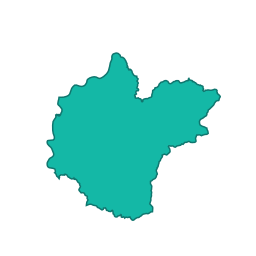 outline of Son Duong, Tuyên Quang, Vietnam, rotated 40°
{"feature_id": "81297802B77321226192187", "entity_name": "Son Duong", "entity_type": "district", "adm_level": 2, "iso_a3": "VNM", "parent_name": "Vietnam", "parent_adm1": "Tuyên Quang", "projection": "albers", "projection_center": [105.397, 21.672], "detail": "fine", "context": "isolated", "style": "filled", "palette": "teal", "viewbox_px": 256, "rotation_deg": 40, "n_neighbors": 0, "source": "geoboundaries", "source_scale": "gbopen_adm2", "svg_char_len": 5812}
<svg xmlns="http://www.w3.org/2000/svg" viewBox="0 0 256 256"><g transform="rotate(40 128 128)"><path d="M192.5,82.1L192.9,80.6L191.2,79.1L189.6,78.4L188.4,77.4L187.9,77.7L186.1,78.0L183.9,78.9L182.7,79.2L181.2,79.3L180.0,78.6L178.5,77.1L178.2,76.2L178.0,74.8L179.1,72.0L179.5,69.9L180.0,68.6L180.1,68.1L179.7,66.9L178.9,66.1L178.9,64.4L177.9,62.5L178.3,61.3L178.8,56.1L178.8,55.0L178.3,53.4L178.2,51.0L178.7,49.8L179.8,48.7L179.8,48.4L178.8,46.2L178.7,45.2L178.4,44.6L177.2,44.2L174.2,44.1L173.5,43.4L172.6,43.0L172.2,42.1L171.6,41.9L170.8,41.9L169.3,42.8L168.7,44.0L167.6,45.5L166.8,46.2L164.7,47.5L164.3,48.3L163.2,49.1L163.1,50.1L162.5,51.2L161.2,51.1L161.0,50.9L161.1,49.9L160.9,49.6L159.7,49.1L158.9,48.1L158.6,48.0L158.1,48.0L157.0,48.5L155.9,48.6L155.6,49.3L154.6,49.4L153.4,50.0L152.2,50.2L150.8,49.9L149.6,50.3L148.5,50.2L148.0,50.8L147.6,51.0L147.0,50.5L146.5,50.5L145.0,51.3L144.2,51.5L142.8,50.9L142.8,51.8L143.5,52.7L143.6,53.2L142.3,54.4L141.3,56.9L139.6,59.4L139.2,59.7L138.3,59.9L136.9,59.4L136.2,59.4L135.0,60.3L134.3,61.1L134.0,62.2L133.2,63.1L132.6,65.7L132.4,66.3L131.8,67.0L131.0,67.3L130.3,67.3L128.6,66.7L126.9,67.1L126.0,67.8L125.4,68.9L124.8,70.7L123.9,71.6L123.7,74.5L124.3,75.8L124.3,77.0L124.2,78.1L122.9,79.8L122.9,80.2L123.3,80.6L123.4,81.0L123.4,81.7L122.8,83.3L123.0,83.7L123.9,84.8L125.0,87.4L125.8,88.3L126.0,89.1L125.4,90.4L124.8,91.1L124.5,92.1L124.0,93.1L123.0,93.8L121.7,95.5L121.3,97.0L122.1,97.8L122.2,98.5L121.8,98.9L120.9,98.7L120.3,98.0L119.0,97.6L117.4,98.4L116.5,98.3L115.5,99.6L114.3,100.2L114.0,100.1L113.2,99.1L112.4,99.1L111.9,98.1L112.5,97.3L112.6,96.5L111.3,95.9L110.8,95.1L110.6,94.5L110.7,93.8L111.8,93.0L111.7,92.2L111.3,91.7L110.8,91.7L110.6,91.5L109.3,91.7L109.0,91.6L108.2,89.4L107.4,88.7L107.0,87.0L106.2,86.6L104.8,86.4L104.6,86.2L104.6,85.2L104.2,83.9L102.1,83.7L101.5,82.7L99.7,83.7L98.3,83.8L95.7,82.9L94.6,82.0L93.3,81.5L93.0,81.8L92.4,81.6L92.4,82.0L91.3,82.8L91.0,82.2L90.3,82.5L89.9,82.1L88.7,81.8L88.2,81.9L88.4,81.2L86.2,80.0L85.7,79.2L84.7,78.9L83.1,78.0L80.5,77.2L78.5,77.3L77.4,78.1L77.0,78.2L76.3,78.1L75.2,77.3L72.7,77.2L71.3,77.8L70.5,78.5L69.4,80.3L69.1,81.0L69.2,82.5L69.9,83.9L71.1,85.2L71.6,86.2L72.6,89.5L74.4,92.7L76.2,96.5L76.6,98.1L76.8,100.4L76.3,104.0L75.7,106.0L75.0,107.5L74.5,108.2L73.5,108.8L70.8,109.5L69.2,110.5L67.8,112.1L66.5,114.3L65.8,116.8L66.1,117.9L66.9,119.3L67.3,120.4L67.5,122.7L67.3,123.6L66.8,124.7L65.9,125.9L64.2,127.0L60.9,128.3L59.6,129.5L59.3,131.6L59.4,133.8L61.5,139.4L61.5,140.4L61.4,141.5L60.6,143.3L58.7,146.0L55.4,148.8L56.4,150.3L57.2,152.1L58.5,154.3L59.1,154.9L59.7,155.1L61.8,155.2L64.9,155.9L65.6,156.3L66.8,158.0L67.0,159.3L67.8,161.3L67.9,162.2L67.7,162.6L67.6,162.3L67.4,162.4L67.3,162.2L67.5,161.9L67.1,161.7L66.7,161.9L66.8,162.2L66.4,162.1L66.3,162.3L66.6,162.5L66.0,162.8L66.3,163.3L66.0,163.6L65.8,163.2L65.5,163.4L65.3,163.1L64.6,163.5L64.7,163.9L64.3,164.5L65.3,165.4L65.9,166.5L66.1,168.9L66.5,171.2L68.5,174.3L71.8,178.1L74.2,180.2L76.9,181.8L77.9,182.8L78.5,183.8L78.5,185.0L78.1,185.6L74.9,188.9L74.6,189.4L74.7,190.1L75.5,191.2L76.6,191.9L78.6,192.3L81.3,192.4L82.8,192.8L87.2,195.2L88.0,195.9L88.5,196.7L88.7,198.1L88.5,199.1L87.7,201.3L87.6,202.4L88.3,206.0L88.7,206.9L89.9,208.3L91.2,209.1L92.0,209.2L93.1,209.1L96.3,207.2L98.0,206.5L98.5,206.5L99.1,206.9L100.2,207.9L100.7,208.6L100.6,209.4L101.1,209.3L102.7,209.7L104.4,210.7L106.2,210.7L107.8,211.1L107.3,209.9L106.4,209.3L106.2,208.7L106.5,208.1L106.7,207.0L108.1,206.1L109.5,205.0L109.1,204.6L109.5,203.8L110.2,203.8L110.6,203.4L111.4,203.3L113.6,204.0L114.1,203.9L114.7,203.6L115.8,203.7L116.6,203.5L117.8,203.1L118.6,201.7L119.1,201.5L119.0,201.2L119.5,201.4L119.7,201.8L120.3,201.5L120.3,201.3L120.6,200.9L120.9,201.0L121.4,200.8L122.0,200.8L124.1,201.6L124.9,201.7L126.6,201.6L127.4,202.6L129.0,203.2L129.5,204.1L129.7,205.6L130.1,206.9L130.8,207.3L133.8,207.8L134.8,206.7L136.1,206.1L137.3,206.4L138.1,207.0L139.3,206.9L140.2,206.5L140.7,206.6L141.2,206.9L141.5,207.7L141.9,208.2L143.6,208.8L144.1,211.2L145.4,213.4L145.9,214.1L147.3,211.5L148.2,210.5L149.2,209.9L150.9,209.5L153.7,208.0L154.9,208.0L155.6,208.5L156.7,208.0L160.7,207.5L160.9,207.2L161.3,206.1L161.0,205.3L160.8,205.1L162.1,203.7L163.6,204.3L164.5,204.9L165.4,204.3L166.8,204.2L168.5,203.1L168.7,202.7L168.5,202.0L168.9,201.2L169.1,201.1L169.9,201.4L170.2,201.9L171.4,202.7L171.7,203.3L172.5,203.2L173.4,203.5L174.2,204.1L175.3,204.2L176.3,203.6L176.9,202.8L176.8,201.9L177.6,200.9L178.2,199.6L178.2,198.9L178.6,198.9L179.5,199.6L179.8,200.4L180.5,200.4L181.2,199.9L181.6,198.9L182.1,198.8L183.4,199.1L183.4,198.3L184.0,197.4L185.0,197.0L185.5,196.6L185.6,196.1L186.4,195.5L186.6,194.9L188.0,195.5L189.8,195.9L191.1,195.5L191.7,194.3L191.9,192.7L192.6,190.8L193.6,189.8L193.9,189.2L194.1,187.9L194.6,186.8L194.7,185.2L195.1,184.1L196.9,181.8L198.4,180.8L199.1,179.2L199.3,177.8L200.6,176.4L198.4,173.4L197.6,172.7L193.4,172.1L192.0,168.7L190.5,167.0L189.7,165.0L188.3,163.5L187.8,162.5L187.3,161.9L185.9,161.2L185.7,160.3L183.7,157.4L183.1,157.0L181.2,156.4L179.5,154.4L180.1,153.1L180.2,151.6L181.2,149.3L181.1,147.6L180.7,146.6L180.3,146.1L180.1,144.5L179.5,144.0L178.0,143.2L177.0,142.4L176.6,141.9L176.4,140.4L175.8,139.7L175.9,138.5L175.7,138.1L174.5,135.7L174.2,134.8L173.5,134.0L173.7,132.2L173.0,130.6L172.8,128.0L172.7,127.8L171.6,126.9L172.7,124.6L174.4,124.0L175.0,123.7L175.5,120.4L175.5,119.3L175.1,118.7L173.5,117.3L170.9,116.3L170.7,115.5L171.0,115.1L172.5,114.3L173.9,112.9L175.5,112.8L176.4,112.4L176.6,112.2L177.1,110.2L179.4,107.3L179.4,105.7L180.7,105.1L180.7,102.6L182.1,101.3L183.0,99.4L183.8,98.9L185.1,98.8L186.6,97.8L188.4,96.0L188.7,94.8L188.5,94.3L186.7,92.8L186.2,92.2L185.2,89.2L185.9,88.6L186.7,87.7L187.4,87.1L189.2,86.7L189.7,85.6L191.0,83.6L192.5,82.1Z" fill="#14b8a6" stroke="#0f766e" stroke-width="1.5"/></g></svg>